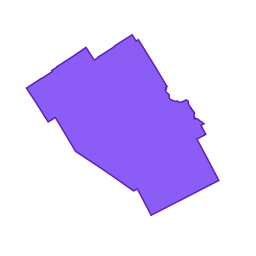 Matanuska-Susitna, Alaska, United States of America (orthographic projection), rotated 240°
{"feature_id": "52423323B34523976645917", "entity_name": "Matanuska-Susitna", "entity_type": "district", "adm_level": 2, "iso_a3": "USA", "parent_name": "United States of America", "parent_adm1": "Alaska", "projection": "orthographic", "projection_center": [-149.802, 62.337], "detail": "fine", "context": "isolated", "style": "filled", "palette": "violet", "viewbox_px": 256, "rotation_deg": 240, "n_neighbors": 0, "source": "geoboundaries", "source_scale": "gbopen_adm2", "svg_char_len": 1339}
<svg xmlns="http://www.w3.org/2000/svg" viewBox="0 0 256 256"><g transform="rotate(240 128 128)"><path d="M37.2,180.4L61.5,181.4L83.9,182.1L83.6,192.2L93.7,192.5L93.7,196.0L94.1,195.9L94.3,195.6L94.4,195.4L94.4,195.2L94.5,195.1L95.0,195.2L95.9,195.1L97.2,194.4L97.4,194.2L97.8,194.0L101.1,192.7L101.7,192.2L102.0,191.8L102.3,191.4L102.5,190.1L102.7,189.9L103.0,190.0L103.5,190.8L104.1,191.2L104.5,191.1L104.6,190.9L105.4,191.0L106.4,192.0L107.2,192.7L107.5,193.0L108.0,193.1L109.2,193.1L110.0,192.9L111.7,192.8L112.4,192.6L112.6,192.5L112.6,192.4L113.1,192.4L113.5,192.8L114.0,192.6L115.4,192.3L117.4,192.4L119.1,192.7L121.6,193.6L123.4,192.1L123.5,188.6L124.0,186.9L124.6,185.1L126.6,184.4L127.7,181.9L128.8,181.0L132.0,178.7L134.0,178.9L135.8,180.1L137.1,180.1L139.1,179.2L142.4,179.2L142.4,180.8L144.1,180.8L144.2,182.5L163.7,182.2L164.2,182.2L175.8,181.9L199.4,181.1L199.3,178.5L206.7,178.2L205.8,158.0L205.3,158.0L204.4,137.7L203.9,137.7L203.7,132.7L218.8,131.9L217.6,116.8L216.6,96.5L216.2,96.5L215.9,90.6L214.7,90.7L214.1,78.3L214.3,77.6L213.3,60.0L200.0,60.8L196.9,61.0L173.2,61.9L173.4,70.3L165.9,70.5L144.7,70.8L134.0,70.9L114.6,80.6L102.4,86.6L87.6,93.6L70.7,101.4L70.6,105.6L63.6,105.4L42.6,104.5L41.0,104.3L40.9,104.3L40.9,104.8L39.7,129.7L38.3,157.5L37.2,180.4Z" fill="#8b5cf6" stroke="#5b21b6" stroke-width="1.5"/></g></svg>